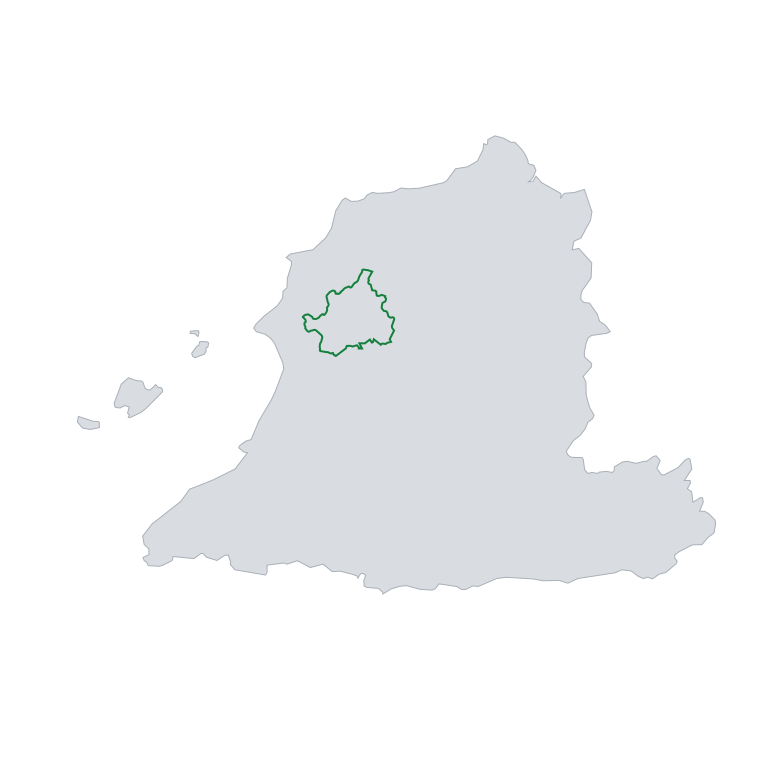 Albacete highlighted on a map of Spain, rotated 172°
{"feature_id": "ESP-5802", "entity_name": "Albacete", "entity_type": "Autonomous Community", "adm_level": 1, "iso_a3": "ESP", "parent_name": "Spain", "parent_adm1": "", "projection": "mercator", "projection_center": [-1.774, 38.723], "detail": "fine", "context": "in_parent", "style": "outline", "palette": "green", "viewbox_px": 768, "rotation_deg": 172, "n_neighbors": 0, "source": "natural_earth", "source_scale": "10m", "svg_char_len": 7400}
<svg xmlns="http://www.w3.org/2000/svg" viewBox="0 0 768 768"><g transform="rotate(172 384 384)"><path d="M414.4,176.2L414.4,178.3L418.1,182.4L429.1,184.9L431.8,186.6L431.3,192.3L428.7,197.2L431.0,199.3L433.7,199.3L436.9,195.3L437.6,197.9L442.6,200.3L453.6,204.8L461.4,205.4L469.4,214.1L482.5,212.5L494.3,221.0L505.3,219.1L507.8,220.7L525.0,220.9L525.9,214.0L527.9,211.3L557.7,220.9L561.3,226.7L560.7,229.7L562.2,236.5L566.1,236.3L573.9,232.5L584.0,237.2L586.7,241.4L588.8,241.7L596.5,237.6L617.0,242.5L617.9,239.3L619.3,238.3L628.0,235.4L631.6,234.7L642.6,236.9L643.9,240.8L646.0,242.3L646.9,245.7L640.5,247.7L639.8,253.5L643.8,258.4L644.2,266.9L633.1,277.7L601.5,296.1L591.1,306.9L567.6,312.5L543.2,320.6L528.7,335.0L532.4,336.2L536.8,341.1L535.3,343.2L529.0,346.6L523.3,347.5L512.7,365.3L498.1,383.5L492.7,391.7L481.2,412.8L481.2,418.8L486.8,439.7L490.1,445.2L494.6,449.7L503.2,453.6L505.3,457.5L502.4,461.1L493.8,467.6L478.8,476.3L472.4,483.2L471.1,489.8L466.7,492.8L465.0,502.1L459.0,514.9L458.6,518.3L463.3,522.9L458.7,525.8L435.6,526.9L421.3,536.9L414.2,545.8L407.7,562.2L399.9,571.8L396.4,573.6L391.1,569.4L384.3,568.7L377.8,570.1L374.4,573.5L369.1,575.3L363.9,573.7L352.6,572.8L347.6,573.0L339.7,575.7L333.0,573.9L321.7,573.0L297.1,575.1L294.0,576.2L283.1,587.2L271.2,587.4L260.4,591.8L253.2,602.5L251.8,608.2L249.7,606.8L248.0,607.3L247.1,611.6L239.7,614.3L231.4,610.8L224.4,605.5L220.8,605.2L214.9,596.9L212.3,591.7L210.5,586.0L210.4,582.0L205.1,579.7L203.8,574.5L207.7,567.7L212.8,564.0L208.0,564.3L204.6,568.7L200.2,561.7L182.3,548.0L183.3,543.1L180.3,546.8L178.2,547.7L169.1,547.1L158.5,548.8L154.1,525.5L156.8,517.3L168.6,501.2L176.0,499.0L179.0,490.7L172.2,491.1L161.4,475.1L164.2,460.1L174.9,448.8L176.8,444.2L177.1,440.1L175.1,437.1L169.2,435.4L163.1,423.5L161.8,416.0L156.8,411.8L152.6,404.4L156.3,403.2L171.7,403.2L175.4,401.3L178.2,396.3L181.1,388.0L181.8,383.0L175.8,375.8L175.6,374.3L176.4,371.9L185.7,363.8L183.8,357.8L185.3,345.2L184.5,337.7L183.5,331.7L180.3,323.8L182.4,320.6L187.3,317.8L191.2,311.4L196.8,305.9L204.3,301.6L212.9,292.1L211.6,287.8L208.6,285.3L197.9,283.5L197.2,281.6L197.2,271.2L194.4,267.0L190.6,267.5L184.7,265.7L183.2,266.8L175.7,266.5L170.3,264.6L168.1,266.2L167.5,269.9L158.6,273.6L153.7,273.5L145.5,270.3L136.2,271.4L135.1,270.6L127.2,274.8L124.5,275.0L121.2,269.8L125.5,262.3L121.7,255.3L119.3,255.0L104.6,260.2L96.0,267.1L92.6,267.9L91.4,266.7L91.0,257.0L100.0,246.6L94.3,245.9L94.5,242.9L98.2,238.1L94.4,234.5L94.5,224.0L86.4,227.4L84.4,226.9L84.3,222.6L89.2,214.2L84.0,213.2L80.1,210.0L75.1,203.1L75.1,199.4L77.8,190.8L84.8,186.7L91.6,180.7L101.1,181.8L115.3,176.8L120.1,174.1L120.0,170.5L118.3,167.8L119.8,165.3L131.2,158.1L138.2,157.3L145.2,153.7L149.9,156.0L154.1,155.2L158.8,158.0L165.1,164.4L174.3,166.9L181.6,164.9L219.0,164.4L229.6,161.2L237.9,165.1L253.8,167.0L263.4,170.2L290.0,175.6L299.5,175.7L318.9,170.4L324.1,171.7L331.8,169.1L335.5,169.6L340.3,173.4L357.3,178.4L361.8,174.1L365.1,173.2L377.3,175.8L389.6,181.1L396.0,181.5L405.4,180.1L414.4,176.2ZM639.5,396.8L643.9,398.7L648.5,397.0L651.0,397.5L653.4,398.5L654.0,402.2L644.1,420.6L636.2,425.7L628.4,421.7L623.8,420.7L622.4,419.2L621.3,413.3L619.3,411.4L616.2,410.6L610.1,415.2L608.2,412.1L605.3,411.5L604.2,409.7L604.3,407.2L623.1,392.9L628.6,389.7L640.2,386.0L641.9,386.6L640.4,388.8L642.0,390.8L639.5,396.8ZM692.9,389.2L691.1,394.4L677.0,387.5L672.4,386.7L671.3,385.7L671.8,380.5L681.2,379.8L688.8,382.4L692.9,389.2ZM562.0,448.1L560.4,451.7L553.5,450.5L551.9,449.0L553.4,444.9L555.4,444.4L555.5,441.5L557.6,438.6L567.5,436.3L569.7,438.2L570.2,441.1L564.3,447.3L562.0,448.1ZM568.8,462.6L567.8,463.3L560.2,462.6L560.1,460.3L561.6,456.9L564.4,460.2L568.8,460.8L568.8,462.6Z" fill="#d9dde1" stroke="#a8b0b8" stroke-width="1"/><path d="M449.6,463.6L447.0,461.6L445.8,460.5L445.6,460.1L445.5,459.7L445.4,459.3L445.4,458.9L445.1,458.6L444.7,458.4L443.1,457.9L442.6,457.8L439.9,458.5L439.5,458.7L439.0,459.1L437.9,460.2L435.3,461.7L434.8,461.7L434.5,461.5L434.3,461.1L434.0,460.8L433.6,460.8L433.0,461.1L432.2,461.8L430.8,463.5L430.0,465.1L429.9,466.0L429.9,466.5L429.9,467.4L429.7,467.8L429.4,468.2L428.9,468.5L428.5,468.9L427.9,469.9L427.8,470.2L427.7,470.6L427.7,470.9L427.8,471.2L427.9,471.5L428.0,471.8L428.2,472.6L428.4,473.5L428.5,475.4L428.5,476.3L428.8,477.7L428.8,478.2L428.7,478.7L428.6,479.1L428.4,479.5L428.0,480.0L424.7,482.7L422.0,483.6L421.6,483.6L421.1,483.5L420.7,483.4L420.1,483.1L419.9,482.9L419.7,482.7L419.5,482.4L419.4,482.1L419.3,481.8L419.4,481.5L419.5,481.2L419.5,480.9L419.4,480.6L419.3,480.4L419.1,480.1L418.8,480.0L418.5,479.9L417.8,480.1L417.5,479.9L417.0,479.6L416.7,479.5L416.4,479.6L415.9,479.7L415.6,479.9L415.3,480.2L414.7,480.3L414.4,480.4L414.4,480.7L414.3,481.1L411.9,482.5L410.2,483.9L409.1,484.5L408.3,484.7L406.9,485.0L405.7,485.4L405.3,485.4L405.0,485.3L404.3,484.5L403.9,484.3L403.5,484.2L403.0,484.3L402.3,484.8L401.1,486.2L399.2,488.0L398.6,488.3L397.7,488.5L397.2,488.6L396.6,489.0L395.3,490.3L394.9,491.0L393.6,493.7L392.2,495.6L390.4,497.6L390.2,498.0L389.5,500.1L389.0,500.2L388.5,500.2L383.7,498.8L380.0,496.9L380.5,496.2L381.2,495.5L381.5,495.1L381.9,494.4L384.7,490.7L384.8,490.2L384.7,489.7L384.5,489.0L384.5,488.7L384.9,488.4L385.0,488.1L385.2,487.8L385.2,487.4L385.3,487.0L385.4,486.6L385.4,486.2L385.3,485.8L384.9,485.2L383.5,484.3L383.2,483.8L383.1,483.2L383.1,482.7L383.1,481.8L383.0,480.9L382.8,480.5L382.8,480.1L382.7,479.6L382.8,478.8L382.7,478.5L379.6,477.6L379.1,477.1L378.9,476.8L378.8,476.4L378.8,476.0L379.0,475.6L379.0,474.8L378.9,474.4L378.8,473.5L378.9,472.8L378.9,472.7L378.4,472.3L377.7,472.0L376.4,472.0L375.7,472.1L375.1,472.2L374.2,472.6L372.2,471.8L370.5,470.7L370.9,469.9L370.1,468.3L370.7,466.4L371.1,465.8L371.8,465.3L374.0,464.7L374.5,463.9L375.6,460.5L375.6,459.4L375.3,458.5L373.9,456.4L371.6,455.7L370.8,454.4L370.2,450.4L368.5,448.8L366.3,448.9L365.3,448.5L364.8,447.4L364.9,446.6L368.2,440.2L368.2,439.4L368.1,438.4L366.6,435.5L372.1,427.6L371.2,424.7L374.8,424.4L376.8,423.4L379.1,424.1L380.8,424.1L381.7,423.3L387.9,429.7L389.1,427.0L390.3,426.7L391.8,430.0L397.3,426.9L402.7,427.7L400.8,422.2L404.0,422.7L403.7,423.5L405.4,426.1L410.1,425.5L412.0,426.5L415.5,426.9L416.9,424.5L427.7,418.5L428.4,418.7L428.5,418.9L428.6,419.3L428.8,419.5L429.2,419.6L429.2,419.8L429.4,420.0L429.8,420.2L429.9,420.4L430.0,420.7L430.1,421.0L430.1,421.4L430.2,421.8L430.5,421.8L431.1,421.8L431.4,421.7L431.6,421.6L432.0,421.6L433.0,421.9L435.1,423.3L435.6,423.5L435.9,423.5L436.4,423.5L442.5,425.5L442.8,426.0L442.8,426.4L442.6,426.9L442.5,427.3L442.4,428.2L442.5,428.7L442.5,429.1L442.5,429.5L442.4,430.4L442.3,430.8L442.2,431.2L442.1,431.5L441.9,432.1L441.8,432.5L441.4,433.4L441.1,433.7L440.8,434.0L440.2,434.7L440.0,435.1L439.8,436.0L439.6,436.5L439.1,437.3L438.9,437.7L438.9,438.1L438.7,438.5L438.6,439.0L438.7,439.6L438.9,440.6L439.2,441.1L443.7,446.4L444.4,447.0L445.1,447.3L446.3,447.3L447.6,447.0L448.8,447.0L449.7,446.8L450.4,446.4L450.6,446.3L451.0,446.2L451.4,446.3L451.9,446.5L452.4,446.9L453.9,449.5L454.2,450.0L454.1,450.5L453.9,451.4L453.9,451.8L454.5,453.6L454.6,453.9L454.4,454.3L454.3,454.6L454.2,455.6L453.7,455.9L453.3,456.3L452.9,456.4L452.7,456.8L452.7,457.3L452.9,458.4L453.2,459.1L453.6,459.7L453.9,460.0L454.4,460.8L454.7,461.1L455.0,461.6L455.0,461.8L454.8,462.0L453.3,463.0L452.5,463.3L451.6,463.5L450.5,463.4L450.3,463.4L449.6,463.6Z" fill="none" stroke="#15803d" stroke-width="2"/></g></svg>